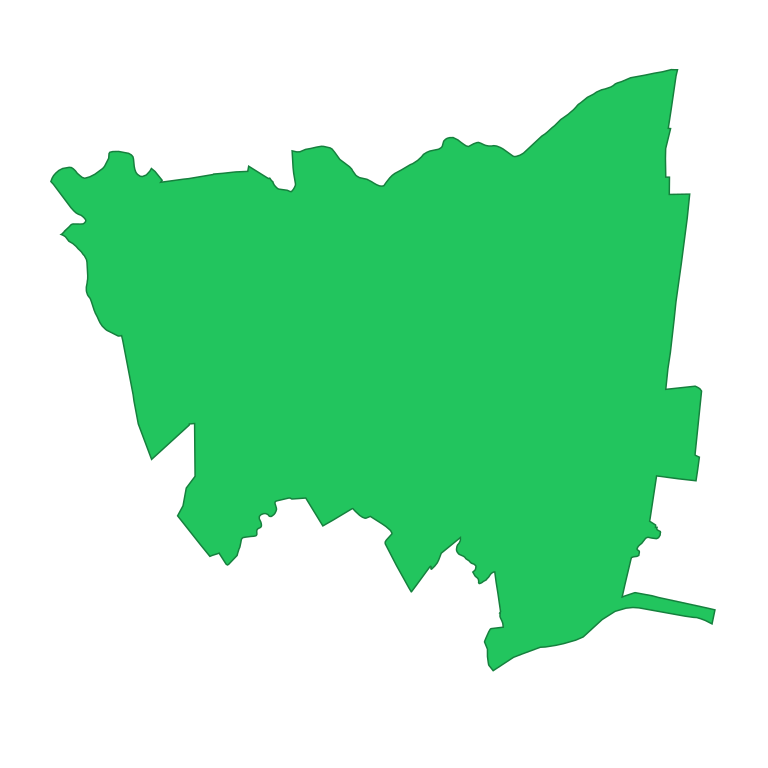 Bucovat, Timis, Romania, rotated 356°
{"feature_id": "2599482B31690404831196", "entity_name": "Bucovat", "entity_type": "district", "adm_level": 2, "iso_a3": "ROU", "parent_name": "Romania", "parent_adm1": "Timis", "projection": "equal_earth", "projection_center": [21.395, 45.749], "detail": "fine", "context": "isolated", "style": "filled", "palette": "green", "viewbox_px": 768, "rotation_deg": 356, "n_neighbors": 0, "source": "geoboundaries", "source_scale": "gbopen_adm2", "svg_char_len": 6102}
<svg xmlns="http://www.w3.org/2000/svg" viewBox="0 0 768 768"><g transform="rotate(356 384 384)"><path d="M694.5,646.2L698.4,632.4L690.6,630.0L642.9,616.1L637.2,614.1L620.2,609.7L619.4,609.7L610.0,612.1L606.7,613.1L610.4,600.7L618.2,575.8L618.8,574.4L620.9,573.8L624.3,573.6L626.2,572.8L627.0,569.6L627.0,568.8L626.5,568.0L625.3,567.2L625.0,566.7L624.9,566.0L626.2,563.8L627.7,562.5L630.0,560.9L634.2,556.2L635.4,555.6L636.7,555.3L640.1,556.3L644.9,557.3L646.0,557.0L647.2,556.4L648.9,554.0L649.2,552.1L649.5,551.2L649.3,550.4L647.5,549.3L646.2,548.3L646.0,547.9L646.0,547.3L646.4,546.1L644.8,546.0L645.1,544.9L645.1,543.6L639.4,539.4L640.2,536.2L649.5,494.7L671.1,499.1L688.5,502.3L690.9,491.5L693.5,479.0L690.6,477.4L689.5,476.7L689.4,475.9L700.3,413.2L698.7,410.7L696.6,409.2L694.3,407.9L664.7,409.0L668.3,388.5L671.9,372.4L677.9,340.0L681.0,322.3L689.0,284.6L698.1,239.5L702.2,215.9L681.8,214.8L683.2,197.6L679.5,197.3L680.5,178.5L681.4,168.8L687.7,149.2L685.4,148.8L689.8,129.3L696.8,97.1L698.7,91.0L693.8,90.6L692.7,90.4L691.5,90.6L683.5,92.0L675.4,92.8L665.9,94.1L651.4,95.7L641.9,99.0L637.7,100.0L635.6,100.8L633.4,102.4L630.9,103.6L625.2,105.1L621.6,105.7L616.4,107.6L613.2,109.5L606.9,112.2L599.5,117.4L597.4,118.6L596.2,119.7L594.9,121.1L592.1,123.7L589.2,125.8L586.6,127.8L578.8,132.5L572.1,138.3L569.6,140.0L564.2,144.3L561.9,145.9L558.7,147.7L539.3,163.4L535.7,165.2L531.7,166.2L529.8,166.2L528.5,165.6L519.1,157.8L516.6,156.2L513.0,154.5L510.1,153.9L508.0,154.1L505.1,153.9L502.1,153.1L500.4,152.3L497.4,150.6L495.1,149.6L493.4,149.7L490.2,150.6L484.9,153.0L482.7,152.3L480.4,150.6L477.4,148.1L474.8,145.7L470.2,143.0L466.8,142.8L464.2,143.3L462.4,144.2L460.5,145.9L458.6,151.2L457.1,152.5L454.8,153.6L446.0,154.8L442.8,155.9L439.4,157.7L437.3,160.0L433.2,163.3L428.0,166.2L425.6,167.0L416.0,171.8L409.5,174.7L406.7,176.5L404.1,178.8L400.2,183.1L397.7,186.2L395.8,186.5L393.4,186.1L390.4,184.6L387.7,182.8L385.7,181.3L381.3,178.6L373.9,176.4L371.7,174.9L370.5,173.9L367.5,169.0L366.9,167.5L364.8,164.9L355.6,156.9L351.1,149.6L348.6,146.0L346.7,144.7L340.5,142.8L338.2,142.5L333.2,143.0L327.6,143.9L322.1,144.5L316.3,146.5L313.2,146.4L308.6,145.0L308.4,161.9L308.6,167.4L309.6,177.6L309.6,178.9L309.4,179.8L308.6,181.3L307.6,182.9L306.7,184.0L305.1,185.6L303.9,185.5L301.0,184.0L292.5,182.2L291.3,181.4L289.5,179.4L288.3,177.7L287.8,176.5L287.4,175.6L287.4,174.8L285.8,173.0L284.4,170.7L282.9,170.9L264.2,157.3L262.9,162.4L250.6,162.1L237.7,162.6L228.6,162.7L228.1,163.1L203.5,165.5L198.1,165.7L175.3,167.2L176.9,165.3L170.4,156.0L167.0,152.8L165.3,155.3L161.5,158.9L157.4,160.2L155.2,159.7L152.7,157.7L151.3,155.6L150.4,152.5L150.0,149.4L149.8,142.1L149.4,139.8L148.0,137.9L145.4,136.1L135.5,133.5L129.7,133.2L126.7,133.7L125.8,134.9L125.1,139.6L120.4,147.4L118.4,149.4L110.2,154.6L105.0,156.8L99.8,157.9L97.4,156.9L95.4,155.1L92.7,152.4L91.1,149.9L89.1,147.7L87.3,146.3L85.1,145.9L78.5,146.6L74.5,148.3L71.3,150.7L68.9,153.1L67.3,155.5L65.8,158.8L68.2,161.8L84.0,186.3L86.7,189.7L88.7,191.8L90.9,193.3L93.7,194.6L95.8,196.6L96.9,197.9L97.9,199.6L97.9,200.4L97.3,201.6L96.1,202.7L94.9,203.3L92.5,203.3L85.3,202.7L84.1,202.8L82.8,203.4L80.8,205.3L77.2,208.2L77.3,208.2L73.1,212.0L72.4,212.3L74.5,213.4L76.5,214.9L79.6,219.6L83.4,222.2L86.5,225.3L88.5,228.0L89.7,229.2L91.4,231.2L93.0,233.9L94.0,235.0L95.9,239.2L96.2,241.8L96.0,255.2L95.7,258.6L95.2,260.7L94.9,262.5L93.8,266.6L93.6,269.9L93.7,271.3L94.5,274.4L95.3,275.9L96.9,278.2L97.9,281.6L100.1,290.5L100.5,291.5L100.9,293.0L102.8,297.3L103.9,300.4L105.1,303.3L107.0,306.6L110.1,310.1L111.4,311.2L122.2,317.6L124.5,317.6L125.6,317.4L126.4,322.2L133.0,377.3L133.4,383.5L136.1,406.7L146.9,443.0L186.8,411.4L187.0,410.3L192.3,410.2L189.1,462.9L179.5,474.0L175.0,491.5L168.9,501.1L189.6,531.4L198.3,543.8L200.7,543.0L206.5,541.6L207.8,541.2L208.3,542.4L214.0,552.8L215.2,553.6L216.4,553.1L225.5,544.8L226.3,542.4L227.8,538.6L228.8,536.7L230.1,532.2L230.8,529.4L231.3,528.5L232.1,527.7L232.8,527.4L235.2,527.1L240.6,526.8L243.5,526.8L245.5,526.5L246.2,526.0L246.7,525.0L246.8,521.6L247.2,520.6L248.1,519.6L248.9,519.2L250.1,518.8L251.0,518.3L251.4,517.8L251.8,517.1L251.9,516.0L251.8,514.6L251.5,513.1L250.2,509.8L250.3,508.0L250.5,507.3L251.6,506.2L252.4,505.7L253.5,505.3L255.1,504.9L256.5,505.0L257.2,505.1L259.2,506.2L260.0,507.5L260.6,508.0L262.0,508.3L262.9,508.0L265.0,506.6L266.1,505.5L267.3,503.5L268.0,501.7L268.0,500.3L266.9,495.4L267.1,494.2L267.6,493.7L268.4,493.2L281.1,491.1L282.4,491.2L284.0,492.3L298.0,492.3L313.1,521.3L323.3,516.4L342.0,506.9L343.2,506.3L344.2,506.1L346.5,509.0L350.5,513.3L353.2,515.4L355.6,516.5L356.6,516.6L361.1,515.1L372.5,523.5L376.0,526.3L380.3,530.6L381.5,533.3L381.4,534.1L375.5,539.8L374.3,541.4L374.1,542.2L374.1,543.5L383.8,566.0L394.7,589.3L396.7,593.2L396.9,593.2L403.6,585.4L417.2,569.3L417.7,569.1L418.0,569.2L418.2,569.5L418.2,570.3L417.9,571.2L418.0,571.7L418.2,572.0L418.6,572.0L421.9,569.2L424.6,566.2L426.4,563.1L429.3,556.8L449.5,542.5L449.4,544.7L449.1,545.8L447.8,548.0L446.1,549.8L445.4,551.3L444.8,553.8L444.8,555.1L445.2,556.5L446.5,558.6L447.2,559.2L451.3,561.4L451.9,561.9L452.6,562.5L453.4,563.9L456.7,566.5L457.2,567.3L458.3,568.5L459.0,569.0L461.0,569.9L461.7,570.4L462.9,571.8L463.0,572.7L462.4,575.0L461.9,575.9L460.6,577.0L459.5,577.8L461.2,581.4L461.7,582.2L463.9,584.3L464.1,584.7L464.5,585.5L464.6,586.3L464.7,588.0L464.5,588.8L464.8,589.4L465.1,589.7L465.6,589.7L467.5,589.1L469.5,587.8L472.0,586.7L472.6,586.3L473.2,585.4L474.8,584.1L477.0,581.2L478.2,580.2L480.2,579.2L481.4,579.2L482.0,589.2L483.0,600.3L484.4,619.3L483.4,620.6L483.9,620.9L483.7,621.7L483.5,624.0L483.9,625.5L485.2,628.9L485.8,631.0L486.0,634.9L473.9,635.5L473.3,635.7L472.7,636.3L471.1,638.7L467.9,644.7L466.4,647.8L466.3,648.4L468.7,655.7L468.2,663.2L468.6,669.5L468.8,671.3L469.1,672.1L472.9,677.6L494.1,665.7L502.8,663.0L521.6,657.5L526.6,657.6L537.1,656.7L545.2,655.5L557.4,652.9L565.1,650.2L585.2,634.2L598.7,626.9L609.8,624.5L616.7,624.3L622.7,625.1L668.1,636.6L676.5,638.4L679.7,638.8L683.9,640.4L688.0,642.3L694.5,646.2Z" fill="#22c55e" stroke="#15803d" stroke-width="1.5"/></g></svg>